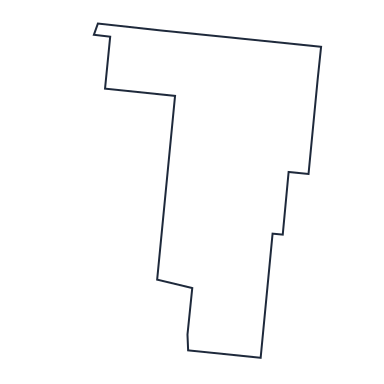 the district of Auglaize, Ohio, United States of America, rotated 96°
{"feature_id": "52423323B61073346070608", "entity_name": "Auglaize", "entity_type": "district", "adm_level": 2, "iso_a3": "USA", "parent_name": "United States of America", "parent_adm1": "Ohio", "projection": "natural_earth1", "projection_center": [-84.249, 40.52], "detail": "fine", "context": "isolated", "style": "outline", "palette": "slate", "viewbox_px": 384, "rotation_deg": 96, "n_neighbors": 0, "source": "geoboundaries", "source_scale": "gbopen_adm2", "svg_char_len": 389}
<svg xmlns="http://www.w3.org/2000/svg" viewBox="0 0 384 384"><g transform="rotate(96 192 192)"><path d="M45.9,306.0L46.1,289.6L98.3,289.3L98.2,218.9L282.8,217.5L287.5,181.7L334.2,181.6L349.9,179.3L349.7,106.4L225.0,107.5L224.9,97.3L162.0,98.0L161.9,78.0L66.6,78.8L34.1,78.8L34.3,159.2L34.3,169.3L34.6,239.4L34.3,303.2L45.9,306.0Z" fill="none" stroke="#1e293b" stroke-width="2"/></g></svg>